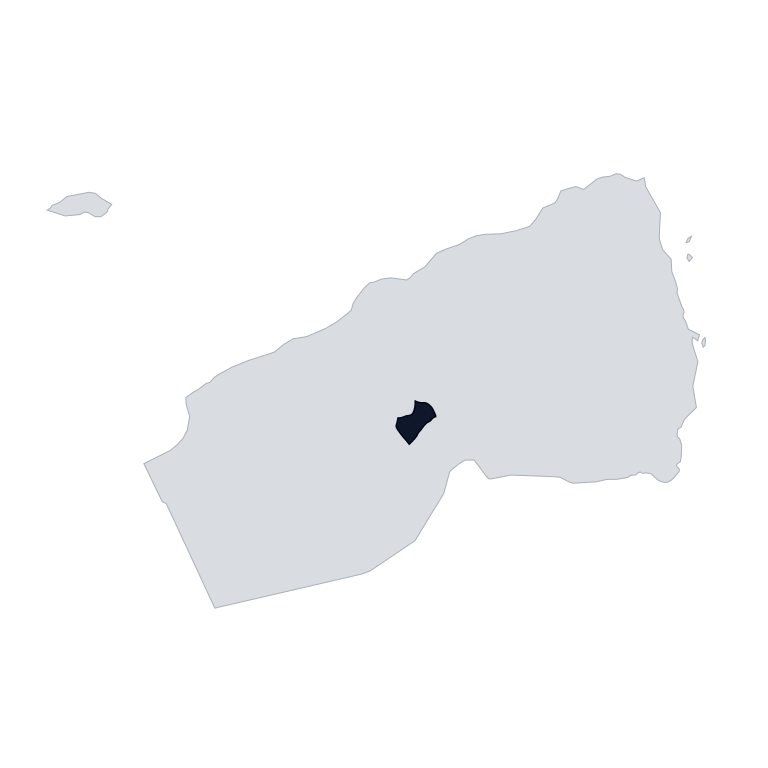 location of Hajar As Say'ar, Hadramawt, Yemen, rotated 176°
{"feature_id": "15242507B41377814655385", "entity_name": "Hajar As Say'ar", "entity_type": "district", "adm_level": 2, "iso_a3": "YEM", "parent_name": "Yemen", "parent_adm1": "Hadramawt", "projection": "natural_earth1", "projection_center": [48.005, 16.297], "detail": "fine", "context": "in_parent", "style": "filled", "palette": "ink", "viewbox_px": 768, "rotation_deg": 176, "n_neighbors": 0, "source": "geoboundaries", "source_scale": "gbopen_adm2", "svg_char_len": 7002}
<svg xmlns="http://www.w3.org/2000/svg" viewBox="0 0 768 768"><g transform="rotate(176 384 384)"><path d="M629.1,321.3L601.9,332.6L594.8,337.6L588.3,343.8L583.5,351.5L580.1,365.2L582.8,377.6L582.6,384.3L575.6,388.7L569.0,391.9L561.7,396.7L557.3,397.9L553.7,401.8L549.5,404.5L534.3,411.5L517.7,416.9L491.4,423.4L481.2,430.5L471.9,435.3L457.8,436.7L438.5,443.4L427.7,448.8L414.4,457.5L411.4,460.3L409.1,466.7L405.0,472.3L396.9,481.4L390.9,486.1L386.9,486.3L379.0,488.9L369.8,489.4L354.2,486.2L350.2,488.4L346.9,492.0L334.8,498.2L322.6,510.7L313.7,514.0L299.2,517.9L289.1,523.1L282.3,525.2L273.5,526.3L257.3,525.7L242.0,527.6L227.7,531.1L221.0,537.8L213.4,548.4L200.9,552.7L198.0,556.5L194.1,564.3L186.0,566.3L178.7,567.6L171.3,564.2L157.2,573.6L151.8,575.1L143.8,575.5L138.0,577.5L133.9,576.9L128.8,573.2L117.9,568.8L109.9,571.7L109.3,562.8L96.3,535.7L99.1,512.1L99.1,508.7L96.6,498.2L88.8,488.5L89.1,476.3L86.5,467.6L84.5,458.6L85.1,456.2L85.3,454.1L81.4,440.2L80.0,437.4L79.6,434.5L80.9,432.3L80.9,429.7L78.8,425.5L76.6,417.4L65.9,411.1L68.1,405.1L70.2,407.2L73.0,409.0L73.6,405.1L73.6,402.3L69.3,384.3L76.1,360.4L74.0,338.8L84.2,330.1L86.8,327.5L88.2,325.2L90.6,320.3L93.9,318.7L95.1,313.5L95.0,310.9L92.9,308.7L91.4,302.7L92.0,295.0L92.5,291.8L93.6,286.0L97.2,283.8L98.0,282.1L95.3,278.4L95.6,276.2L101.6,270.0L104.0,268.1L107.9,266.2L110.9,266.2L114.4,267.3L117.5,269.1L120.5,272.2L123.7,275.8L128.6,277.1L132.0,276.8L134.7,278.4L137.0,277.5L139.6,275.6L143.8,275.8L147.6,273.7L158.3,272.7L168.6,273.3L179.4,271.6L190.2,271.7L201.1,271.8L203.5,272.1L205.8,273.2L215.0,278.7L221.9,279.8L235.8,281.3L250.7,282.9L263.6,284.3L274.6,283.0L283.7,281.9L286.1,282.1L288.9,285.5L294.3,294.0L299.5,301.9L308.5,302.4L314.3,299.4L320.7,295.1L324.6,291.9L329.1,278.9L332.1,270.5L338.7,261.1L344.4,253.2L351.8,242.7L355.9,237.0L364.0,225.5L371.7,221.1L386.6,212.5L401.2,204.1L410.7,198.6L418.8,196.1L432.4,193.9L448.4,191.4L464.3,188.8L481.3,186.1L500.3,183.1L513.2,181.0L529.8,178.4L543.6,176.2L555.8,174.3L568.4,172.2L570.8,178.6L573.3,184.9L575.7,191.3L578.1,197.6L580.5,204.0L582.9,210.3L585.4,216.6L587.8,223.0L590.2,229.3L592.6,235.7L595.1,242.0L597.5,248.4L599.9,254.7L602.3,261.0L604.8,267.4L607.2,273.7L609.6,279.9L613.4,282.0L615.7,287.8L619.1,296.2L622.4,304.5L625.7,312.9L629.1,321.3ZM667.3,575.6L670.7,576.4L675.7,574.2L690.3,573.9L707.9,580.9L704.6,582.8L702.7,585.3L695.0,587.7L687.3,593.1L665.0,595.8L658.5,594.3L653.1,589.0L643.1,582.2L647.0,577.8L647.8,575.8L649.3,573.9L654.9,570.6L660.5,571.1L667.3,575.6ZM72.4,491.0L71.7,492.4L70.7,492.1L67.4,488.7L71.1,485.0L73.0,488.5L72.4,491.0ZM62.3,406.6L60.6,408.0L60.1,405.5L61.2,400.0L63.0,398.4L64.2,402.5L63.4,404.8L62.3,406.6ZM70.6,508.0L67.0,509.9L69.5,504.9L72.0,503.9L72.7,504.1L70.6,508.0Z" fill="#d9dde1" stroke="#a8b0b8" stroke-width="1"/><path d="M363.1,322.2L363.0,322.3L362.8,322.4L362.6,322.5L362.3,322.8L362.1,322.9L362.0,323.0L361.8,323.2L361.6,323.3L361.3,323.6L361.0,323.8L360.7,324.1L360.4,324.4L360.1,324.7L359.8,325.0L359.4,325.3L359.1,325.7L359.0,325.8L358.8,326.0L358.4,326.3L358.1,326.6L357.8,326.8L357.5,327.1L357.2,327.4L357.0,327.6L356.9,327.7L356.7,327.9L356.6,328.1L356.3,328.4L356.2,328.5L355.8,329.0L355.4,329.4L355.1,329.8L354.8,330.1L354.6,330.4L354.5,330.5L354.4,330.8L354.3,331.1L354.2,331.3L354.0,331.7L353.7,332.1L353.5,332.5L353.4,332.6L353.2,332.8L353.0,333.0L352.9,333.2L352.5,333.6L352.3,333.9L351.9,334.2L351.5,334.6L351.3,334.8L350.9,335.2L350.6,335.5L350.2,335.9L349.9,336.2L349.8,336.4L349.7,336.5L349.4,336.9L349.2,337.2L348.8,337.6L348.5,338.0L348.2,338.3L347.9,338.6L347.6,338.9L347.6,339.0L347.3,339.3L347.1,339.5L346.7,340.0L346.4,340.2L346.3,340.3L346.0,340.6L345.7,340.8L345.3,341.2L345.0,341.5L344.6,341.8L344.3,342.1L344.0,342.3L343.8,342.4L343.6,342.5L343.3,342.6L343.0,342.7L342.9,342.8L342.6,342.9L342.4,343.0L342.2,343.1L341.8,343.3L341.7,343.3L341.4,343.5L341.2,343.6L340.6,343.9L340.2,344.1L339.9,344.4L339.6,344.7L339.3,345.0L339.1,345.2L339.0,345.3L338.9,345.4L338.7,345.7L338.4,346.0L338.0,346.3L337.7,346.6L337.3,346.8L336.9,347.1L336.6,347.2L336.5,347.3L336.1,347.5L335.9,347.5L335.7,347.6L335.3,347.8L335.0,347.9L334.7,347.9L334.7,348.3L334.7,348.7L334.7,349.0L334.8,349.2L334.8,349.4L334.9,349.7L335.0,350.0L335.2,350.5L335.4,350.9L335.5,351.3L335.6,351.7L335.7,351.8L335.8,352.2L336.0,352.6L336.1,353.0L336.3,353.5L336.4,353.8L336.6,354.2L336.6,354.3L336.8,354.7L336.8,354.8L336.9,355.1L337.1,355.4L337.1,355.5L337.3,355.9L337.5,356.3L337.7,356.7L338.0,357.1L338.2,357.5L338.4,357.8L338.6,358.0L338.8,358.3L339.0,358.4L339.3,358.8L339.6,359.1L339.9,359.5L340.2,359.7L340.5,360.1L340.8,360.4L341.0,360.6L341.4,360.9L341.6,361.0L342.1,361.4L342.3,361.5L342.8,361.8L343.1,361.9L343.2,362.0L343.5,362.2L343.8,362.3L344.2,362.4L344.6,362.5L344.8,362.5L345.0,362.5L345.4,362.5L345.7,362.5L345.9,362.6L346.0,362.6L346.6,362.6L347.0,362.6L347.4,362.6L347.6,362.6L347.8,362.6L348.2,362.7L348.4,362.7L348.6,362.7L348.8,362.8L349.0,362.8L349.3,362.9L349.8,363.1L350.2,363.1L350.3,363.2L350.5,363.3L350.9,363.4L351.2,363.4L351.2,363.5L351.6,363.6L351.8,363.7L352.0,363.8L352.4,363.9L352.7,364.1L352.8,364.2L353.2,364.4L353.6,364.6L354.0,364.9L354.1,364.7L354.1,364.2L354.1,363.7L354.1,363.2L354.2,362.6L354.2,362.3L354.3,361.8L354.4,361.2L354.4,360.9L354.5,360.4L354.6,359.9L354.6,359.7L354.7,359.4L354.8,359.0L354.9,358.6L355.0,358.3L355.0,358.1L355.2,357.6L355.4,357.1L355.5,356.6L355.7,356.0L355.9,355.6L356.0,355.2L356.2,354.7L356.5,354.3L356.7,353.9L356.9,353.5L357.1,353.2L357.4,352.8L357.7,352.4L358.0,352.1L358.4,351.8L358.6,351.7L359.0,351.3L359.3,351.3L359.5,351.2L359.8,351.1L360.2,351.0L360.3,351.0L360.7,350.9L360.9,350.9L361.1,350.8L361.5,350.8L361.8,350.8L362.2,350.7L362.3,350.7L362.5,350.7L362.8,350.7L363.1,350.7L363.6,350.7L364.0,350.6L364.4,350.5L364.8,350.4L365.2,350.3L365.6,350.1L366.1,350.0L366.6,349.8L367.1,349.7L367.4,349.6L367.8,349.5L368.3,349.4L368.8,349.3L369.2,349.2L369.5,349.2L370.1,349.1L370.4,349.1L370.6,349.1L371.2,349.1L371.5,349.1L372.2,349.1L372.5,349.1L372.6,348.8L372.6,348.6L372.7,348.1L372.8,347.8L372.8,347.6L372.9,347.1L373.0,346.9L373.1,346.7L373.2,346.3L373.3,345.9L373.4,345.4L373.5,345.2L373.6,344.9L373.7,344.5L373.9,344.0L374.0,343.6L374.2,343.1L374.4,342.7L374.5,342.3L374.7,341.9L374.7,341.4L374.7,341.0L374.7,340.9L374.7,340.4L374.6,340.0L374.5,339.7L374.4,339.6L374.3,339.2L374.1,338.6L373.9,338.1L373.7,337.9L373.6,337.7L373.5,337.4L373.4,337.2L373.1,336.8L372.9,336.5L372.7,336.2L372.4,335.7L372.2,335.3L372.0,335.0L371.9,334.9L371.7,334.5L371.6,334.4L371.4,334.1L371.2,333.8L371.0,333.4L370.9,333.3L370.7,333.0L370.4,332.5L370.2,332.2L369.9,331.8L369.7,331.4L369.3,330.9L369.1,330.6L368.7,330.1L368.5,329.8L368.4,329.6L368.1,329.2L367.7,328.7L367.5,328.4L367.1,327.9L366.9,327.6L366.5,327.2L366.4,327.0L366.3,326.8L366.0,326.5L365.7,326.1L365.4,325.7L365.1,325.3L364.9,324.9L364.7,324.6L364.4,324.2L364.2,323.9L364.1,323.7L363.8,323.3L363.5,322.8L363.2,322.4L363.1,322.2Z" fill="#0f172a" stroke="#020617" stroke-width="1.5"/></g></svg>